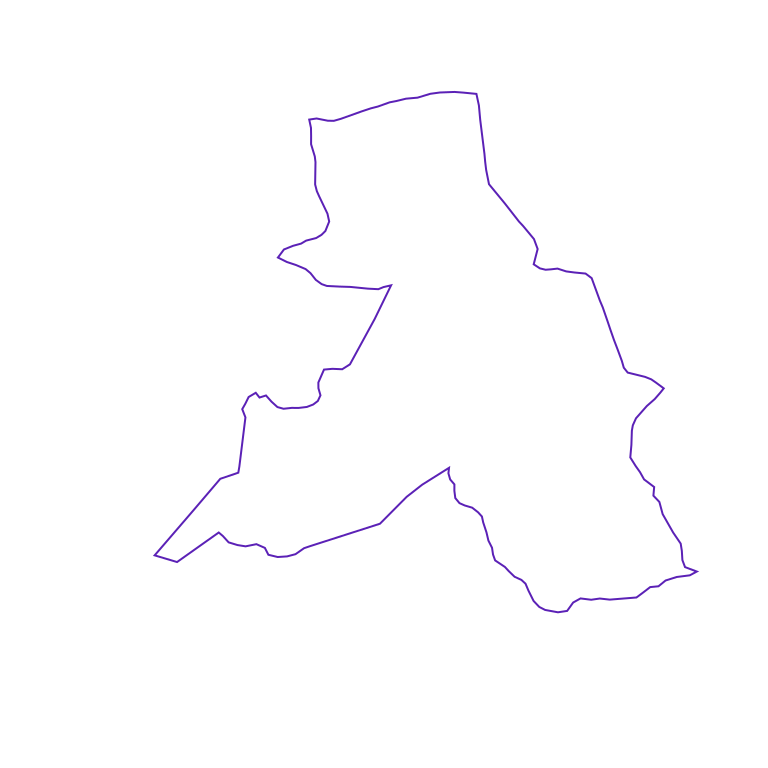 Várzea Branca, Piauí, Brazil, rotated 254°
{"feature_id": "56859067B57465837137566", "entity_name": "Várzea Branca", "entity_type": "district", "adm_level": 2, "iso_a3": "BRA", "parent_name": "Brazil", "parent_adm1": "Piauí", "projection": "mercator", "projection_center": [-42.923, -9.288], "detail": "fine", "context": "isolated", "style": "outline", "palette": "violet", "viewbox_px": 768, "rotation_deg": 254, "n_neighbors": 0, "source": "geoboundaries", "source_scale": "gbopen_adm2", "svg_char_len": 2446}
<svg xmlns="http://www.w3.org/2000/svg" viewBox="0 0 768 768"><g transform="rotate(254 384 384)"><path d="M113.9,592.1L117.5,600.5L117.8,612.2L115.8,625.2L117.5,633.0L125.0,622.9L132.5,622.3L141.5,624.3L148.8,625.2L161.5,621.0L182.1,616.0L194.7,616.2L202.4,612.2L210.5,615.3L220.6,607.7L228.7,605.8L235.8,603.3L245.5,600.5L257.2,605.0L270.8,609.4L275.7,611.8L281.6,616.8L290.4,630.6L294.9,640.1L299.5,647.2L302.7,651.7L310.4,645.8L314.8,642.2L318.9,636.9L323.9,628.2L327.8,621.4L333.6,619.0L340.6,619.0L352.6,618.1L363.1,617.2L373.6,616.6L382.4,616.2L397.3,615.4L404.7,614.5L428.5,612.8L434.6,608.2L438.7,597.8L442.0,590.2L447.1,582.6L448.2,576.1L449.3,570.8L452.2,565.7L457.8,560.9L471.4,568.9L482.0,568.1L497.5,561.3L503.0,558.5L524.3,549.9L539.5,543.3L547.1,540.0L561.6,541.2L569.7,542.5L577.6,544.0L611.4,549.3L625.6,552.0L637.4,552.8L642.3,540.4L645.3,532.3L648.8,518.1L650.2,508.5L650.0,495.2L652.2,483.8L652.6,473.9L653.2,467.1L652.4,454.6L652.6,447.3L652.2,437.6L650.8,415.7L650.8,408.3L652.6,402.5L657.8,392.4L658.8,385.0L650.3,384.4L642.5,382.3L634.6,380.0L621.8,380.2L616.2,379.3L594.8,372.8L587.9,372.6L582.3,373.4L563.3,376.6L555.3,376.1L547.2,369.8L544.6,365.0L543.0,358.9L543.3,348.7L541.8,343.0L541.9,334.7L540.9,324.9L534.8,316.9L528.1,324.2L522.7,332.1L516.1,340.3L510.8,343.9L502.8,347.2L497.2,351.6L494.0,356.1L489.9,368.1L486.6,378.4L480.1,394.8L476.7,404.7L477.3,410.3L476.9,418.0L449.1,393.0L412.3,356.7L409.7,347.9L412.8,338.6L414.4,330.3L403.5,321.3L398.0,319.8L390.6,319.8L385.9,315.7L383.8,310.3L383.2,303.5L384.5,295.5L386.5,288.6L387.9,280.6L391.2,275.2L398.0,271.0L405.5,267.4L405.3,260.6L410.9,258.3L408.8,250.3L403.2,245.2L398.9,240.8L390.1,241.6L344.5,222.2L338.9,219.5L338.0,200.5L315.5,166.6L282.5,116.3L269.9,136.0L286.8,184.2L282.3,187.2L274.6,191.0L269.6,198.7L266.1,206.2L265.2,217.2L259.3,224.3L251.7,225.8L247.0,234.1L245.0,243.3L244.8,252.0L248.2,261.9L248.5,268.1L250.8,341.6L269.3,374.7L276.7,393.0L285.5,423.4L280.4,421.3L274.0,421.3L268.1,424.0L261.9,422.2L254.7,421.1L248.7,423.7L245.0,428.1L240.8,434.7L234.7,439.1L229.6,441.6L223.6,441.2L213.1,441.6L204.7,441.2L196.8,442.7L190.0,441.8L183.8,442.2L174.8,449.8L170.0,452.2L162.7,456.4L157.8,462.1L153.0,465.0L145.6,465.9L134.2,468.0L126.9,471.8L122.4,476.6L116.6,488.3L115.4,497.5L121.8,505.6L123.7,513.8L119.5,523.7L118.3,532.3L114.5,541.6L109.2,567.8L112.2,575.8L115.4,583.9L113.9,592.1Z" fill="none" stroke="#5b21b6" stroke-width="2"/></g></svg>